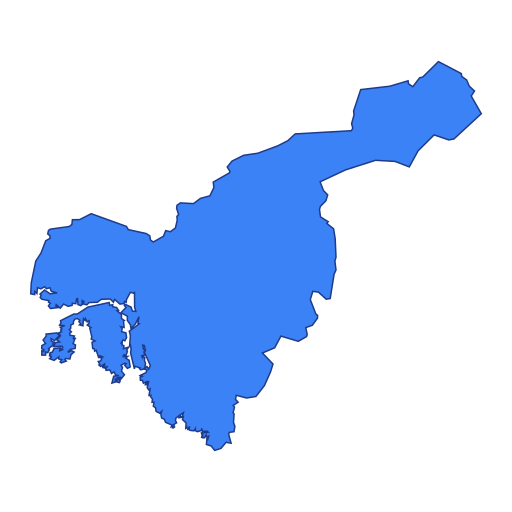 the district of Eigersund nor, Rogaland, Norway
{"feature_id": "86288312B23516572714138", "entity_name": "Eigersund nor", "entity_type": "district", "adm_level": 2, "iso_a3": "NOR", "parent_name": "Norway", "parent_adm1": "Rogaland", "projection": "orthographic", "projection_center": [6.003, 58.503], "detail": "fine", "context": "isolated", "style": "filled", "palette": "blue", "viewbox_px": 512, "rotation_deg": 0, "n_neighbors": 0, "source": "geoboundaries", "source_scale": "gbopen_adm2", "svg_char_len": 5944}
<svg xmlns="http://www.w3.org/2000/svg" viewBox="0 0 512 512"><path d="M31.3,282.6L30.7,293.8L34.7,294.6L34.7,291.4L36.9,293.5L37.5,287.6L40.8,288.8L44.6,286.8L46.5,288.7L49.9,287.7L51.3,291.3L57.1,292.9L50.1,293.8L44.6,290.0L40.0,294.1L41.1,295.2L40.2,297.5L41.7,299.2L48.8,300.6L48.5,302.2L50.3,303.2L48.4,305.9L50.4,308.5L58.0,307.6L55.8,306.0L56.2,304.6L60.3,308.2L63.5,304.1L68.2,306.3L72.1,305.4L72.3,303.3L75.9,303.7L76.5,299.0L77.5,298.6L78.0,304.6L80.8,305.6L82.2,304.6L82.2,300.5L84.0,301.7L82.9,302.3L83.7,304.1L86.9,304.8L89.0,302.6L97.5,302.2L101.2,299.3L110.2,299.0L113.4,302.2L114.7,299.4L119.9,304.1L123.7,303.6L124.6,301.5L126.2,302.3L126.5,299.5L130.4,292.3L133.9,293.3L134.5,291.8L134.6,307.2L135.8,311.4L132.4,311.1L131.1,307.1L125.0,304.2L124.3,305.3L126.0,307.5L121.0,312.7L127.4,316.2L127.3,320.4L130.4,324.8L131.0,328.5L135.3,324.0L139.0,316.7L137.9,323.1L139.3,323.7L129.3,331.2L130.4,335.6L129.6,345.7L130.4,345.0L131.1,349.2L130.6,352.9L134.4,368.8L135.0,366.3L140.1,367.9L139.5,368.7L140.7,369.8L143.2,369.2L144.7,368.0L145.5,363.3L144.4,360.2L144.8,357.6L143.4,356.4L142.6,357.9L141.6,355.8L144.9,355.0L143.9,352.0L145.1,349.8L143.5,349.2L142.7,345.1L144.3,345.5L145.5,350.3L144.4,352.3L150.3,365.4L148.8,369.1L146.9,366.5L144.2,369.1L147.0,370.0L146.0,372.6L140.7,375.2L141.9,375.9L140.4,376.0L141.4,376.8L140.2,377.3L140.4,380.3L142.4,380.3L143.4,383.2L146.2,381.9L145.3,384.7L147.0,384.7L147.5,381.5L148.6,381.7L147.2,387.6L148.7,389.9L150.1,388.9L149.0,395.4L150.9,395.2L150.4,396.5L152.5,399.1L152.0,402.3L154.0,402.2L153.3,406.2L155.5,407.7L156.1,411.4L159.6,413.2L161.7,411.3L160.8,414.0L161.6,418.0L164.5,419.4L165.5,422.3L172.1,425.1L171.4,426.5L173.0,425.6L172.3,427.7L173.1,428.0L174.6,426.9L173.6,424.7L176.6,422.8L175.5,420.6L175.9,418.1L178.6,416.0L178.9,417.8L181.6,417.3L179.6,415.3L183.4,412.7L182.1,417.0L183.3,416.7L182.5,419.6L186.1,422.9L185.8,428.3L187.0,427.3L187.7,429.1L189.7,426.4L189.0,429.7L190.3,430.4L193.9,430.8L195.3,428.7L195.2,430.6L197.4,431.7L201.3,430.5L201.7,428.3L202.4,431.3L207.2,431.2L208.2,432.2L201.4,432.9L202.2,435.4L201.4,438.0L202.7,435.3L202.9,437.8L204.7,437.8L206.2,434.8L207.0,437.3L208.7,436.2L207.7,439.4L206.9,438.8L206.4,444.5L211.1,445.9L214.7,450.4L221.0,448.4L226.1,442.3L231.1,443.2L228.7,434.4L229.2,432.4L234.0,431.7L234.9,426.4L233.5,422.3L234.1,413.9L233.1,412.7L234.5,407.1L233.2,405.4L238.1,402.2L235.5,399.3L236.3,395.3L246.6,398.0L255.9,396.5L264.4,385.6L270.5,372.0L273.0,364.0L262.4,353.0L274.7,347.8L280.9,336.1L298.3,341.3L306.5,336.6L307.2,334.4L305.8,327.6L312.3,325.3L317.5,318.2L317.6,315.3L315.9,314.1L310.3,299.6L312.8,291.4L318.4,292.1L326.2,299.2L330.2,298.5L334.1,274.2L336.0,269.9L334.9,261.1L336.0,257.2L335.2,238.8L333.6,228.8L326.8,223.4L328.2,221.7L320.5,216.9L319.5,209.5L320.3,206.5L325.9,200.8L327.7,194.9L323.5,190.6L320.1,181.8L345.5,169.9L375.5,160.3L395.0,161.4L409.3,166.9L418.1,150.8L434.1,134.9L448.7,139.9L453.9,139.0L481.3,113.7L471.2,96.0L474.5,91.0L469.3,86.2L466.6,79.9L461.8,76.5L461.3,73.6L438.4,61.6L422.7,77.1L419.7,77.7L412.8,86.7L408.4,83.7L408.1,80.8L389.8,86.2L360.7,89.6L353.6,111.0L354.0,115.0L351.6,123.7L352.8,128.2L351.4,130.7L295.2,133.9L287.8,140.7L277.8,145.8L257.9,153.2L243.6,155.3L232.0,161.1L227.2,167.0L229.9,171.3L229.5,172.8L213.2,182.1L213.9,187.5L209.9,195.8L200.4,198.4L193.5,203.6L180.4,202.9L177.0,205.3L176.6,208.3L178.6,214.6L176.9,216.3L177.2,220.3L175.4,228.0L170.3,231.7L165.7,230.6L163.5,236.2L153.3,242.0L150.5,240.0L149.8,235.8L146.1,233.5L128.3,229.6L126.4,226.4L91.2,213.7L79.6,219.6L72.4,219.7L71.9,224.4L69.3,226.5L50.4,229.1L48.5,230.4L47.7,233.9L49.9,235.7L50.1,238.3L45.7,240.8L41.0,253.0L35.8,261.0L31.3,282.6ZM109.2,302.5L87.9,307.1L77.3,314.0L73.8,314.0L60.5,320.7L61.0,322.7L59.6,325.3L64.7,325.6L60.3,327.3L61.8,329.0L60.7,330.0L61.1,331.5L62.1,331.5L58.8,332.8L60.5,335.8L56.8,339.9L59.6,341.9L55.5,342.6L53.6,346.6L61.9,346.2L62.8,347.2L61.0,348.9L62.5,349.6L59.6,350.8L60.1,347.9L54.0,348.6L52.3,352.2L50.1,352.7L49.6,354.8L50.6,355.0L49.7,355.9L51.4,357.0L49.7,358.7L54.1,360.4L58.8,356.8L58.8,359.0L61.8,359.7L60.1,361.9L61.3,362.9L66.3,361.1L64.8,359.6L65.6,358.5L69.9,359.0L71.0,354.7L74.1,352.0L71.6,350.7L67.7,352.3L70.4,349.3L75.1,348.5L75.5,345.0L73.1,343.6L74.5,339.9L73.9,339.0L76.0,338.3L73.4,338.2L74.4,336.0L70.0,335.2L69.7,333.3L71.4,331.9L69.3,329.7L70.7,328.4L70.8,325.0L73.4,323.8L73.4,321.4L75.2,318.9L77.5,318.6L79.9,320.3L78.9,321.6L80.8,323.9L79.5,324.9L82.9,325.8L83.5,318.6L85.1,320.4L85.5,318.7L87.2,321.9L89.1,320.7L89.0,323.4L87.2,325.0L90.9,327.6L89.8,328.3L91.8,336.8L91.2,339.1L95.0,340.9L92.0,342.3L92.7,348.5L94.2,348.8L94.7,351.2L96.2,350.2L98.6,357.5L100.3,357.5L98.9,356.4L99.8,355.7L102.7,356.9L100.6,357.7L101.8,358.4L100.6,361.0L98.2,361.5L99.8,364.3L98.9,365.0L100.7,366.5L104.6,363.9L104.6,366.7L102.8,365.5L102.8,367.5L105.3,368.2L107.6,366.0L105.7,368.6L106.0,370.3L109.9,370.0L111.5,373.5L114.1,371.9L115.6,375.0L119.0,375.6L113.7,376.2L111.9,383.1L115.8,381.9L115.2,379.0L116.7,378.9L117.3,382.1L119.4,382.6L120.1,381.2L117.5,377.7L120.2,377.3L121.3,377.6L119.2,377.8L120.6,379.5L124.5,374.7L121.5,371.2L122.5,367.5L121.1,365.3L124.3,363.3L126.1,363.6L124.7,365.3L127.4,368.4L130.2,366.9L129.1,360.3L125.6,358.0L127.7,356.4L123.2,356.5L123.8,354.8L126.0,355.3L127.4,351.5L126.7,349.8L128.7,347.1L123.5,348.6L123.9,345.7L122.0,344.9L122.2,342.2L121.5,342.5L123.0,340.0L124.9,340.8L126.6,337.6L125.9,332.8L121.6,331.7L122.2,328.5L120.8,326.7L124.1,327.5L123.5,320.9L124.3,320.5L121.5,318.5L121.4,314.4L117.0,310.8L118.6,310.5L116.6,307.5L112.6,306.7L112.7,304.7L109.6,305.3L109.2,302.5ZM56.9,332.9L46.0,334.1L46.2,336.1L43.1,340.0L45.5,343.5L41.8,345.6L41.7,348.6L44.6,349.9L43.2,349.8L43.7,351.6L41.8,350.8L41.8,355.1L45.6,355.1L45.9,351.9L47.8,352.7L49.4,349.7L48.5,348.7L53.6,344.7L52.8,343.9L54.1,342.4L51.3,341.1L51.1,338.6L54.5,340.7L59.2,335.6L56.9,332.9Z" fill="#3b82f6" stroke="#1e3a8a" stroke-width="1.5"/></svg>